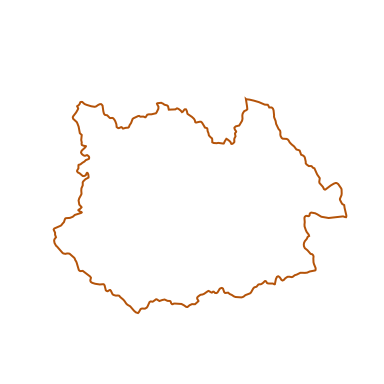 Ha Quang, Cao Bằng, Vietnam, rotated 166°
{"feature_id": "81297802B58374178577075", "entity_name": "Ha Quang", "entity_type": "district", "adm_level": 2, "iso_a3": "VNM", "parent_name": "Vietnam", "parent_adm1": "Cao Bằng", "projection": "robinson", "projection_center": [106.12, 22.894], "detail": "fine", "context": "isolated", "style": "outline", "palette": "amber", "viewbox_px": 384, "rotation_deg": 166, "n_neighbors": 0, "source": "geoboundaries", "source_scale": "gbopen_adm2", "svg_char_len": 5937}
<svg xmlns="http://www.w3.org/2000/svg" viewBox="0 0 384 384"><g transform="rotate(166 192 192)"><path d="M336.9,172.7L336.2,171.8L332.4,164.3L331.7,163.5L329.8,162.6L328.1,162.6L326.4,162.1L325.7,161.7L322.3,156.8L321.9,155.9L321.7,154.0L321.2,152.7L321.0,151.2L320.7,143.7L320.1,142.7L319.3,142.2L317.1,141.9L311.4,134.8L310.8,133.4L311.2,132.4L312.0,131.1L312.1,130.1L311.9,129.2L310.8,128.0L308.2,126.4L303.9,124.6L300.3,124.0L299.8,123.6L299.4,122.5L299.4,117.4L298.6,116.5L297.8,116.1L295.7,116.8L295.1,116.7L294.6,115.8L293.9,112.3L293.2,111.2L291.0,109.9L288.9,109.5L287.7,108.9L287.1,107.5L284.7,104.2L283.8,102.4L282.8,99.6L281.9,98.2L279.6,96.0L277.0,90.8L275.6,88.8L273.7,87.6L272.8,88.1L270.2,90.8L269.4,91.0L268.6,91.0L265.9,90.2L264.0,90.7L262.9,91.6L259.9,95.4L259.2,95.7L258.4,95.8L256.9,95.1L256.2,95.2L252.8,96.6L252.2,96.4L250.0,94.1L247.0,94.4L244.6,94.3L242.1,92.3L239.8,91.6L239.3,91.0L239.1,89.1L238.5,88.0L237.8,87.8L236.8,88.1L235.6,87.9L229.3,85.9L227.2,84.0L225.4,81.9L224.2,81.5L221.8,82.7L219.2,83.2L216.2,82.4L212.2,84.5L212.1,84.9L212.7,86.8L212.7,87.8L212.4,88.4L211.6,89.0L209.5,89.9L208.5,90.2L206.5,90.0L204.8,90.3L200.7,91.9L199.8,92.0L197.4,89.7L196.9,89.6L195.7,90.2L195.0,90.0L194.0,88.4L192.6,88.0L191.5,88.4L188.5,91.4L186.7,91.8L185.8,91.4L185.3,90.7L185.0,87.1L184.3,86.0L181.3,85.6L180.1,83.9L178.2,82.4L176.6,80.6L175.2,79.6L169.6,77.8L168.2,77.8L167.0,78.1L165.2,79.0L160.3,79.6L159.1,80.2L155.9,83.6L154.6,84.4L152.3,84.5L150.1,86.1L149.1,86.2L148.1,85.9L147.0,85.9L145.3,86.5L142.9,87.9L142.2,87.8L141.8,87.4L141.2,85.5L140.2,84.8L135.7,83.6L134.4,82.5L133.9,82.5L131.6,87.3L130.1,89.1L128.8,89.4L128.2,88.9L127.4,87.8L126.4,84.9L125.5,84.2L124.1,84.5L122.4,85.7L119.9,86.6L118.2,86.3L115.9,85.3L114.9,85.3L112.4,86.4L110.4,86.5L106.4,87.4L101.9,86.2L99.8,85.9L97.0,86.4L91.6,86.1L91.2,86.2L90.6,87.4L90.5,88.6L91.1,92.7L91.1,94.5L90.3,98.3L89.7,99.9L89.7,101.2L90.4,102.5L91.9,103.3L94.1,107.6L96.1,110.2L96.5,112.3L96.2,114.1L95.6,115.5L94.4,117.0L91.9,118.8L90.7,120.4L89.0,121.0L89.1,122.5L90.4,125.5L90.8,127.6L91.1,131.4L90.7,133.3L89.9,135.5L89.2,139.6L88.5,140.7L87.3,141.2L86.4,141.1L85.1,140.4L84.3,140.4L83.6,140.9L83.2,142.1L82.4,142.9L81.3,143.2L77.7,141.6L76.0,140.2L72.5,136.7L65.7,133.7L51.3,131.8L49.5,130.6L48.9,130.4L48.6,130.3L48.2,130.9L47.9,132.1L47.8,139.6L47.5,142.5L49.1,144.0L49.6,145.5L50.3,148.7L50.1,149.6L47.7,152.8L47.1,154.4L46.3,158.1L46.3,159.2L48.2,164.3L49.5,165.7L50.5,166.0L52.3,165.8L55.7,164.8L62.0,162.1L62.7,162.3L63.3,163.0L63.6,164.8L64.1,166.0L66.1,169.8L66.1,171.0L64.7,174.5L66.3,178.7L67.5,185.4L68.8,186.3L69.7,188.1L70.3,188.4L72.4,188.9L74.2,191.1L74.7,192.3L74.3,194.0L74.2,198.1L74.5,199.3L75.5,200.6L77.1,201.8L77.5,206.1L78.3,206.8L80.4,208.0L81.9,211.5L83.9,214.2L85.2,216.5L85.8,218.7L86.4,219.8L87.3,220.6L91.1,221.8L91.9,222.7L92.5,225.0L92.4,226.4L91.8,228.5L91.7,230.1L92.8,232.3L93.9,237.7L93.7,240.7L94.2,244.3L94.2,245.3L93.8,246.6L93.1,251.5L93.3,253.2L93.8,254.2L94.4,254.8L96.6,255.3L97.1,257.6L97.4,258.3L100.3,259.2L105.3,263.0L109.9,265.7L113.8,267.7L117.0,268.9L117.2,269.2L117.9,261.6L118.3,259.0L119.3,258.3L121.8,257.8L123.4,256.3L124.1,255.4L124.7,253.9L125.3,250.8L126.2,249.0L130.1,245.1L133.7,245.1L135.1,244.3L135.4,243.9L135.3,242.2L134.5,240.1L134.7,239.6L135.9,238.7L136.2,238.2L136.3,235.5L137.9,233.7L138.5,232.2L138.5,231.3L138.9,230.2L140.2,229.3L141.2,229.0L141.8,229.0L142.2,229.2L142.6,231.2L143.2,232.3L145.0,234.6L145.8,235.3L147.9,233.3L149.4,231.4L149.9,231.4L154.6,233.3L156.3,233.4L159.1,234.3L160.3,235.3L159.6,238.4L159.7,239.3L160.7,240.6L161.9,242.8L161.8,245.1L162.1,247.3L161.8,249.6L162.0,250.3L164.0,251.5L164.1,252.4L165.5,256.9L166.2,257.9L167.2,258.3L171.3,258.4L171.9,258.9L171.9,260.9L172.4,262.6L173.9,264.9L177.4,268.8L177.5,269.6L177.4,271.5L177.8,273.6L178.8,274.0L179.5,273.8L181.4,272.2L182.4,271.9L183.4,273.9L185.0,275.9L186.3,276.8L188.2,276.2L194.6,277.5L194.5,281.0L195.3,282.1L197.7,283.4L198.5,284.5L200.3,286.0L203.9,286.5L204.6,286.3L204.6,285.4L203.9,282.9L204.5,280.9L207.1,277.8L208.0,277.1L212.7,277.2L215.1,277.8L216.7,277.8L218.9,275.8L219.4,275.8L220.8,276.9L223.9,277.6L224.9,278.6L225.9,278.7L231.0,277.7L232.0,277.2L234.4,273.7L236.3,272.0L237.5,270.3L238.3,269.9L240.9,270.3L243.6,270.2L244.5,271.8L245.0,272.1L247.2,271.7L248.1,271.8L248.7,272.4L249.4,273.3L249.0,276.0L249.3,279.1L249.8,280.9L250.6,282.6L251.5,283.2L253.0,283.4L253.9,283.8L255.7,286.9L257.8,287.9L258.3,288.7L258.5,289.8L258.5,291.8L257.9,297.5L258.5,298.7L259.0,299.3L260.2,299.5L261.8,299.2L264.5,298.2L265.8,298.2L269.1,299.6L273.4,302.2L275.0,303.4L276.7,305.9L277.6,306.2L278.5,306.2L279.0,305.7L279.6,304.7L280.9,303.7L282.7,303.0L282.2,300.7L282.8,299.7L285.2,297.2L289.0,294.2L289.6,293.4L289.6,291.8L286.9,287.7L286.6,286.2L286.2,282.8L286.6,276.2L285.2,274.0L286.9,269.3L287.0,266.7L287.5,265.5L287.5,264.3L286.0,263.1L283.9,262.2L283.9,261.9L285.0,261.0L288.5,259.1L289.4,258.4L290.1,257.2L290.0,256.4L289.6,255.3L288.5,253.9L287.6,253.2L286.5,253.0L285.4,253.2L284.6,253.0L283.5,251.4L283.4,250.6L283.6,249.8L283.9,249.2L284.5,249.0L287.4,248.6L288.9,247.6L291.2,246.9L293.6,245.8L295.4,245.8L295.7,245.5L296.5,242.4L298.2,240.7L298.5,240.0L298.1,238.7L296.5,237.3L294.2,234.0L293.0,233.6L291.5,233.8L290.8,234.2L289.8,235.6L289.2,236.0L288.9,235.9L288.6,235.4L288.4,234.0L288.7,231.5L289.0,231.0L292.3,230.2L295.0,228.6L295.7,227.8L296.4,224.9L298.4,222.3L299.1,220.1L299.6,217.2L300.0,216.4L303.0,213.1L304.1,211.2L304.4,207.0L302.9,204.3L302.9,203.8L304.9,202.6L306.1,202.3L306.6,202.0L306.7,201.7L305.4,200.2L304.1,199.3L304.0,198.8L304.7,198.5L311.2,198.1L313.7,196.8L316.7,196.4L320.6,197.1L321.4,196.9L322.0,196.2L323.5,193.8L325.7,192.3L326.5,191.6L327.4,191.1L334.4,189.9L334.9,189.5L335.3,189.1L335.3,188.6L334.7,185.7L335.2,183.6L334.9,181.0L336.8,179.5L337.4,178.6L337.6,177.6L337.7,175.7L336.9,172.7Z" fill="none" stroke="#b45309" stroke-width="2"/></g></svg>